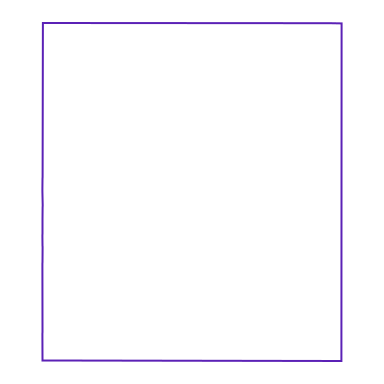 Pipestone, Minnesota, United States of America
{"feature_id": "52423323B28464929299777", "entity_name": "Pipestone", "entity_type": "district", "adm_level": 2, "iso_a3": "USA", "parent_name": "United States of America", "parent_adm1": "Minnesota", "projection": "natural_earth1", "projection_center": [-96.389, 44.023], "detail": "fine", "context": "isolated", "style": "outline", "palette": "violet", "viewbox_px": 384, "rotation_deg": 0, "n_neighbors": 0, "source": "geoboundaries", "source_scale": "gbopen_adm2", "svg_char_len": 381}
<svg xmlns="http://www.w3.org/2000/svg" viewBox="0 0 384 384"><path d="M341.4,361.0L341.6,23.4L330.2,23.2L42.9,23.0L42.6,177.0L42.5,178.8L42.4,189.5L42.4,191.1L42.7,205.6L42.6,207.5L42.5,219.3L42.5,221.1L42.5,233.4L42.4,235.5L42.5,246.1L42.6,246.7L42.5,262.0L42.4,263.7L42.5,332.2L42.4,333.7L42.5,360.4L42.5,360.5L341.4,361.0Z" fill="none" stroke="#5b21b6" stroke-width="2"/></svg>